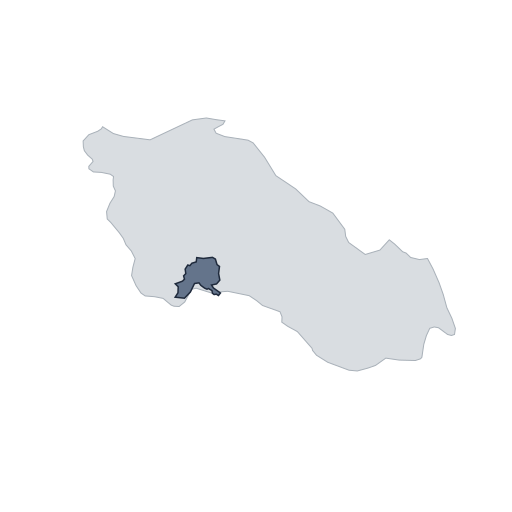 Pogradec, Korçë, Albania (highlighted), rotated 125°
{"feature_id": "67620474B77805918454880", "entity_name": "Pogradec", "entity_type": "district", "adm_level": 2, "iso_a3": "ALB", "parent_name": "Albania", "parent_adm1": "Korçë", "projection": "natural_earth1", "projection_center": [20.619, 40.937], "detail": "fine", "context": "in_parent", "style": "filled", "palette": "slate", "viewbox_px": 512, "rotation_deg": 125, "n_neighbors": 0, "source": "geoboundaries", "source_scale": "gbopen_adm2", "svg_char_len": 2038}
<svg xmlns="http://www.w3.org/2000/svg" viewBox="0 0 512 512"><g transform="rotate(125 256 256)"><path d="M166.3,156.1L166.7,149.3L168.4,138.3L167.5,134.7L168.5,128.5L165.2,120.1L159.7,114.1L165.1,103.5L172.9,90.7L180.1,80.6L188.9,70.0L194.7,59.8L201.0,51.1L206.4,48.4L209.0,50.3L210.4,54.1L210.1,65.4L211.9,69.3L215.6,72.2L223.4,70.8L232.1,67.9L243.9,62.0L245.9,62.3L250.2,65.5L259.2,79.1L265.2,91.1L277.0,95.3L283.6,100.0L292.1,107.1L296.2,114.3L301.9,136.2L302.6,149.5L300.9,155.5L299.5,157.1L294.2,178.7L295.4,189.7L295.4,196.9L290.9,199.8L287.9,204.3L292.8,222.3L292.2,230.0L292.4,238.8L301.1,258.9L306.2,265.1L310.8,268.0L316.7,286.5L320.2,289.7L334.5,288.0L341.5,290.0L344.2,294.4L344.9,297.4L344.0,307.8L347.5,315.7L352.3,323.9L352.3,329.0L349.1,337.2L343.4,346.7L335.8,350.4L327.4,353.5L323.4,361.0L321.4,368.9L317.7,374.8L315.4,381.2L311.8,394.3L311.0,399.1L305.3,403.9L296.5,405.9L288.6,406.3L283.3,408.5L280.6,413.0L275.6,416.7L272.6,418.3L272.6,422.3L276.2,430.6L280.4,437.4L280.4,442.9L278.4,444.4L272.0,443.7L270.6,445.7L269.9,451.8L268.2,457.0L265.5,460.1L260.9,463.6L252.5,462.5L244.6,457.2L240.5,455.6L238.1,455.8L237.5,443.1L234.1,433.2L221.6,409.4L181.0,386.2L171.4,375.8L167.3,367.1L163.1,358.9L167.1,358.6L171.1,360.7L176.2,363.2L178.3,359.1L176.1,350.1L165.7,329.0L165.0,323.2L170.2,305.6L178.8,285.8L178.3,261.9L181.1,243.8L178.2,232.1L176.8,217.7L183.2,198.6L188.5,193.8L191.8,187.8L192.1,167.4L180.1,157.9L166.3,156.1Z" fill="#d9dde1" stroke="#a8b0b8" stroke-width="1"/><path d="M281.8,287.5L282.1,290.9L288.2,297.7L291.3,303.6L295.1,301.6L298.7,304.4L301.8,304.6L302.5,306.7L307.4,306.5L310.7,303.4L313.8,303.9L316.0,301.3L318.8,301.8L325.1,306.2L325.8,302.1L330.9,298.8L336.1,298.6L331.6,290.4L323.1,289.1L313.8,290.6L310.7,287.3L311.7,284.3L311.8,279.7L311.3,277.1L309.9,276.3L309.6,272.2L311.5,270.3L311.6,268.2L310.0,266.6L309.9,264.1L306.7,263.9L306.6,272.5L305.3,275.8L301.5,272.3L296.5,271.8L291.8,276.6L285.5,279.9L285.4,283.0L281.8,287.5Z" fill="#64748b" stroke="#1e293b" stroke-width="1.5"/></g></svg>